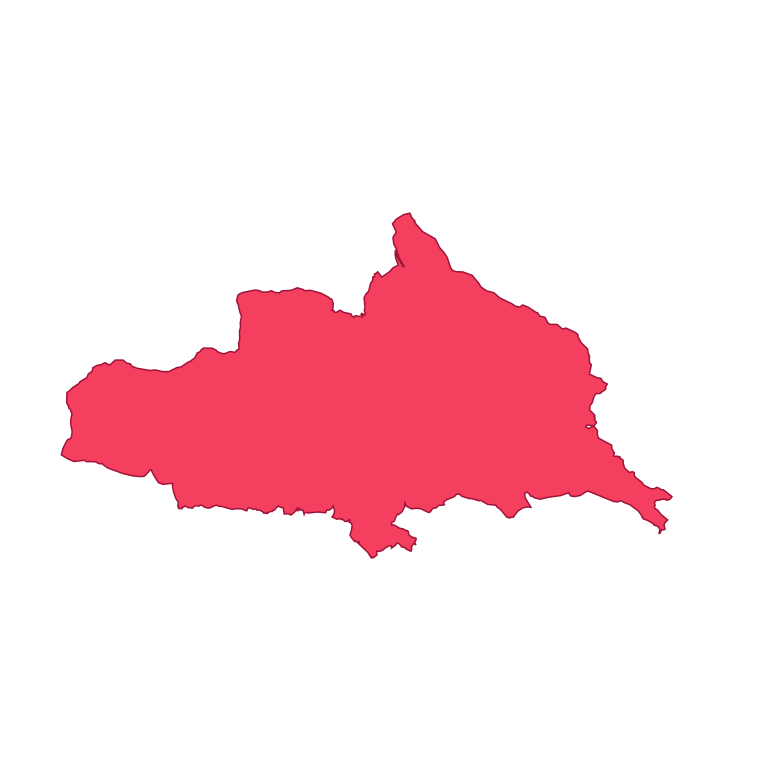 the district of Ghelari, Hunedoara, Romania, rotated 13°
{"feature_id": "2599482B13335161568534", "entity_name": "Ghelari", "entity_type": "district", "adm_level": 2, "iso_a3": "ROU", "parent_name": "Romania", "parent_adm1": "Hunedoara", "projection": "equal_earth", "projection_center": [22.789, 45.717], "detail": "fine", "context": "isolated", "style": "filled", "palette": "rose", "viewbox_px": 768, "rotation_deg": 13, "n_neighbors": 0, "source": "geoboundaries", "source_scale": "gbopen_adm2", "svg_char_len": 6143}
<svg xmlns="http://www.w3.org/2000/svg" viewBox="0 0 768 768"><g transform="rotate(13 384 384)"><path d="M596.4,344.8L601.2,339.1L600.5,337.0L601.6,333.8L597.7,332.8L595.3,331.2L594.4,329.8L589.5,329.9L581.9,328.1L581.7,318.6L579.4,316.7L578.1,312.4L578.3,311.1L575.8,307.6L574.4,304.0L566.7,299.3L561.9,293.6L562.1,292.5L559.2,290.8L548.8,288.6L545.5,290.3L539.2,287.0L532.3,288.6L529.8,287.5L525.8,282.8L520.4,282.8L517.7,280.1L515.9,280.0L507.4,276.8L501.8,275.8L500.7,276.3L499.4,278.5L494.8,278.7L490.4,277.0L477.3,274.0L470.6,270.4L463.0,270.1L456.3,267.5L454.4,265.1L445.5,258.3L435.6,257.1L428.8,258.4L425.0,257.9L422.8,255.7L416.9,246.2L412.5,242.1L407.5,238.6L401.4,231.1L387.2,226.8L377.9,220.0L377.0,219.0L377.6,218.4L373.7,215.7L370.8,211.7L365.3,214.4L361.4,218.1L358.8,220.8L356.2,226.0L361.4,232.6L361.5,234.1L359.9,238.5L360.0,240.0L362.2,245.7L365.5,249.4L370.3,257.7L377.2,264.8L377.0,265.5L375.3,264.8L374.8,263.7L369.0,258.0L367.6,256.2L366.1,252.3L365.1,251.7L365.7,255.3L367.6,259.6L371.2,265.0L366.9,268.5L363.8,273.8L357.8,280.3L352.7,276.1L351.1,278.2L350.0,278.9L350.6,281.5L349.1,282.1L349.6,285.0L349.4,286.6L348.3,288.6L348.2,296.9L346.1,300.6L345.2,304.4L348.3,313.8L348.2,316.8L349.9,319.7L349.8,321.1L346.5,320.2L346.0,321.6L348.1,322.0L347.4,322.8L347.7,323.4L341.4,323.8L340.2,324.4L339.7,325.7L337.3,324.8L336.0,323.1L328.3,323.3L325.4,322.1L324.2,322.1L321.7,324.7L320.1,325.3L318.6,323.8L316.4,324.0L317.2,322.2L316.5,316.9L313.8,313.0L312.1,313.0L310.1,311.8L302.3,309.7L291.0,309.3L285.6,311.0L284.3,310.2L277.8,309.8L272.7,313.5L263.5,316.3L261.3,318.8L256.7,319.3L253.2,318.4L250.9,320.1L245.1,321.9L241.9,321.1L237.3,321.4L225.9,326.6L223.0,328.6L221.7,330.5L221.6,335.2L222.2,337.1L224.0,339.3L227.5,346.5L229.9,350.1L230.2,356.7L231.4,361.2L231.3,364.8L233.4,373.2L233.2,377.2L234.8,381.9L234.5,383.3L233.5,383.6L231.6,386.7L226.7,387.0L222.4,390.0L219.9,390.8L214.2,389.9L213.0,388.8L208.4,387.8L199.8,389.7L198.2,391.8L197.4,394.1L195.1,395.6L193.8,401.0L189.7,405.9L187.9,407.0L182.3,413.2L178.6,414.5L171.7,420.2L165.8,421.7L157.7,421.8L153.0,423.5L139.7,424.2L134.5,423.4L132.2,421.4L128.6,421.5L124.3,419.4L116.7,421.2L112.8,426.9L111.3,427.2L108.1,426.1L106.9,426.3L104.4,428.6L99.8,430.7L96.6,433.8L96.7,437.2L93.6,440.8L93.0,444.7L87.3,450.1L86.6,452.2L81.5,457.5L78.6,462.1L77.0,463.4L78.9,473.4L80.7,475.8L81.6,476.2L82.1,478.2L83.9,479.2L86.7,483.3L86.8,489.0L87.9,493.8L91.0,500.9L91.3,506.5L90.4,508.1L88.3,509.4L87.6,511.1L85.7,519.0L85.5,525.6L92.3,527.9L99.3,529.3L109.3,525.7L111.5,526.6L120.0,524.7L124.7,525.8L126.8,525.0L132.6,527.6L135.4,528.2L150.0,530.0L160.4,530.0L168.2,528.9L171.4,527.6L175.8,520.0L176.4,519.9L179.5,523.9L186.3,530.8L191.0,531.5L200.4,528.3L200.6,530.4L203.3,536.6L207.1,542.6L210.2,545.5L210.6,549.6L212.1,551.5L215.1,550.9L215.0,550.2L217.8,547.6L221.2,548.5L225.4,548.0L227.0,545.2L231.3,544.6L232.3,543.3L234.9,543.3L236.2,544.3L239.6,544.6L242.1,544.0L247.7,539.7L250.7,540.3L252.6,539.8L264.0,540.3L268.3,538.7L273.5,537.7L278.8,538.5L279.5,535.2L280.9,534.9L284.6,535.5L287.6,534.6L288.6,535.6L290.9,534.8L295.4,536.1L295.8,536.9L299.2,536.4L298.8,535.6L300.2,535.5L301.6,533.9L303.9,533.3L304.1,531.9L305.6,531.6L307.0,528.6L308.6,526.7L310.6,527.4L313.6,527.3L316.0,533.1L319.9,532.0L322.8,532.6L325.4,529.4L326.2,527.5L327.2,527.2L326.7,526.6L327.2,524.7L329.0,526.6L329.5,526.3L329.5,524.1L331.7,525.6L333.4,525.1L335.5,529.0L335.7,527.3L337.6,526.4L338.7,526.9L347.9,523.7L356.0,522.6L356.5,519.9L359.2,519.0L360.8,517.2L361.9,514.4L364.4,518.7L364.4,522.4L363.2,525.2L368.7,526.4L371.0,525.1L372.8,525.7L373.3,524.7L376.8,526.7L379.3,526.0L380.7,523.7L381.1,523.9L381.4,524.6L381.1,526.4L383.3,526.9L384.8,529.1L385.2,533.8L384.8,538.5L386.0,540.3L390.8,544.0L391.2,543.3L394.4,544.8L395.1,543.3L395.8,543.7L395.4,545.4L406.0,551.6L410.7,556.3L411.2,555.3L412.5,555.9L415.6,552.2L414.4,548.5L417.5,548.1L420.4,546.0L422.3,543.2L425.2,540.7L427.6,540.1L428.2,542.2L431.6,538.3L432.5,536.0L433.7,535.9L436.3,537.3L437.8,538.8L441.6,538.7L442.1,539.6L447.9,540.9L448.1,538.2L447.6,537.5L447.6,536.1L448.5,533.5L449.2,532.9L451.4,533.6L449.7,531.9L450.3,527.8L449.6,527.0L446.3,527.0L442.5,525.6L440.7,522.2L439.9,521.6L438.3,521.8L435.3,520.9L431.5,521.0L426.2,519.2L423.0,519.4L422.8,516.9L424.8,515.6L425.4,511.1L426.4,507.8L427.6,507.9L430.3,504.4L431.6,499.3L431.1,495.3L433.1,498.0L439.0,499.5L443.1,497.9L447.9,497.3L456.3,499.2L457.9,498.2L459.5,494.3L463.1,492.6L464.5,489.9L469.3,488.6L469.9,487.6L469.2,487.4L468.8,485.3L471.1,482.8L471.1,482.1L472.4,481.9L477.9,477.8L479.8,474.7L482.8,474.5L485.1,475.9L492.6,476.5L495.7,475.9L502.7,476.4L504.5,475.7L512.2,478.0L520.2,476.9L521.4,478.2L525.8,480.1L533.6,486.1L536.7,486.3L538.5,484.7L539.9,484.8L542.8,478.0L547.4,473.2L551.9,471.4L554.8,471.0L548.0,464.1L546.3,461.3L545.9,458.3L547.8,457.2L549.8,458.0L552.2,460.3L553.6,460.0L556.2,461.1L562.2,461.1L569.8,457.3L581.0,453.1L588.5,448.4L589.6,449.9L591.6,451.1L595.2,450.8L600.2,448.5L605.5,443.1L607.4,442.5L634.0,446.8L638.1,446.4L640.9,444.4L646.2,445.8L650.5,446.2L660.0,450.3L663.9,453.5L666.2,456.5L667.5,457.2L671.4,457.6L677.8,459.5L678.9,460.8L682.1,461.0L683.9,461.9L685.5,463.8L685.6,467.6L686.3,467.6L687.5,463.4L689.6,463.1L690.5,462.2L688.6,458.4L688.9,456.0L691.0,452.7L683.0,448.6L679.2,445.4L675.9,444.2L675.0,442.4L675.5,441.1L674.1,438.8L675.6,435.9L678.0,435.5L679.3,434.8L679.3,434.2L684.3,432.9L685.3,433.7L687.7,432.6L689.1,431.1L689.9,428.9L680.1,424.3L677.7,424.6L675.9,423.7L672.8,423.4L670.9,425.4L667.3,425.9L660.2,424.2L657.5,421.9L650.1,418.4L648.3,416.5L647.9,414.0L645.9,413.6L642.8,414.9L637.6,412.0L635.4,408.5L634.0,404.3L630.8,403.4L630.7,402.4L629.7,401.7L628.7,402.7L627.4,401.8L624.4,402.8L623.9,402.3L624.0,399.0L622.8,398.5L620.3,395.2L619.6,392.4L605.5,388.6L603.3,385.4L602.4,381.4L598.5,378.3L596.3,378.6L593.8,381.2L590.2,380.4L590.7,378.4L598.0,377.4L599.5,374.6L599.5,373.2L597.0,371.4L597.4,369.7L596.3,368.9L596.1,368.3L596.7,367.6L596.2,366.9L590.2,363.0L589.6,358.8L591.1,355.4L591.4,349.3L592.7,345.7L596.4,344.8Z" fill="#f43f5e" stroke="#9f1239" stroke-width="1.5"/></g></svg>